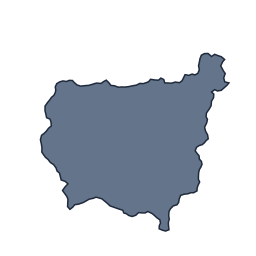 Itaverava, Minas Gerais, Brazil, rotated 285°
{"feature_id": "56859067B81013948598468", "entity_name": "Itaverava", "entity_type": "district", "adm_level": 2, "iso_a3": "BRA", "parent_name": "Brazil", "parent_adm1": "Minas Gerais", "projection": "orthographic", "projection_center": [-43.608, -20.678], "detail": "fine", "context": "isolated", "style": "filled", "palette": "slate", "viewbox_px": 256, "rotation_deg": 285, "n_neighbors": 0, "source": "geoboundaries", "source_scale": "gbopen_adm2", "svg_char_len": 2404}
<svg xmlns="http://www.w3.org/2000/svg" viewBox="0 0 256 256"><g transform="rotate(285 128 128)"><path d="M159.5,62.0L158.8,58.9L157.0,56.5L156.6,52.9L154.8,50.0L152.4,47.7L148.9,47.1L146.0,48.4L143.3,48.6L140.3,47.9L137.7,46.1L134.8,45.1L131.8,43.7L127.7,42.2L123.1,43.4L119.5,45.4L116.9,46.7L116.4,50.3L114.0,52.0L110.2,53.4L107.2,51.3L103.9,50.0L101.4,48.6L98.6,46.4L94.1,46.4L90.2,48.4L86.7,50.0L82.4,51.0L79.9,53.9L78.3,55.9L76.9,59.0L74.6,61.9L73.4,65.6L70.8,68.8L68.0,70.7L66.8,73.4L64.0,75.0L60.5,76.9L60.2,81.1L58.5,84.4L54.7,82.4L50.7,80.9L48.2,84.0L46.0,86.7L43.7,88.4L39.6,89.3L36.4,90.0L34.4,93.0L37.2,95.1L40.1,96.4L41.7,100.0L44.3,103.9L46.5,106.2L49.2,108.9L51.1,112.7L52.9,115.0L52.9,117.9L52.8,121.2L51.4,124.3L49.8,127.7L48.1,130.8L47.8,134.9L47.4,139.8L47.2,144.2L44.8,146.0L44.8,148.7L43.7,151.3L43.6,154.9L45.7,158.1L49.0,160.1L49.7,164.0L50.4,166.6L52.5,168.8L51.6,173.5L50.3,176.3L48.9,178.9L47.5,182.6L44.4,184.0L41.7,183.5L38.7,184.2L38.2,187.7L38.2,191.0L40.3,193.9L44.7,192.2L47.4,191.4L50.7,191.4L53.6,190.1L57.8,189.2L61.0,189.9L64.5,191.9L66.5,195.2L69.2,196.2L72.5,195.8L76.6,196.3L78.7,199.6L80.0,203.0L81.8,205.5L82.4,208.1L85.1,210.9L88.1,210.3L90.9,210.5L94.4,211.2L96.6,209.3L99.8,208.5L103.1,207.8L106.3,207.7L109.1,208.5L112.1,208.9L114.8,207.5L116.4,205.0L119.6,203.8L121.4,201.2L123.4,198.8L127.1,199.2L129.5,201.3L131.1,204.0L133.6,205.7L136.0,206.7L138.3,208.3L141.9,206.7L145.2,203.6L148.6,201.8L153.4,202.7L156.9,202.5L159.1,200.5L162.8,199.9L167.2,201.5L171.0,202.5L175.6,201.7L179.4,202.8L183.0,202.1L184.3,199.4L187.5,201.8L186.9,204.7L188.5,208.3L191.9,210.6L195.0,212.6L197.7,213.8L197.6,209.5L201.1,207.5L205.8,207.8L207.7,205.5L209.8,203.6L212.0,201.5L216.4,202.3L219.2,203.6L221.0,199.7L221.2,196.3L221.6,192.6L218.7,190.2L220.7,186.0L219.6,182.5L217.3,180.0L213.5,179.6L209.6,179.9L206.5,180.0L202.7,181.8L198.8,181.3L196.6,178.9L196.7,176.0L194.6,173.1L194.3,169.3L190.6,168.6L187.7,168.0L185.1,166.0L184.6,161.7L182.6,158.6L181.8,154.9L181.1,151.7L184.1,150.0L184.7,146.8L182.1,145.1L181.3,141.3L180.9,137.2L178.0,135.9L176.4,133.7L174.9,131.5L174.1,127.8L171.7,125.2L169.9,121.4L167.9,117.4L166.6,114.0L166.0,111.2L164.9,108.2L165.3,104.0L164.7,100.4L166.7,97.9L168.6,94.6L166.3,92.2L164.1,90.5L163.2,85.8L161.2,82.6L159.1,79.2L157.6,75.0L156.2,71.5L156.4,67.6L157.8,64.7L159.5,62.0Z" fill="#64748b" stroke="#1e293b" stroke-width="1.5"/></g></svg>